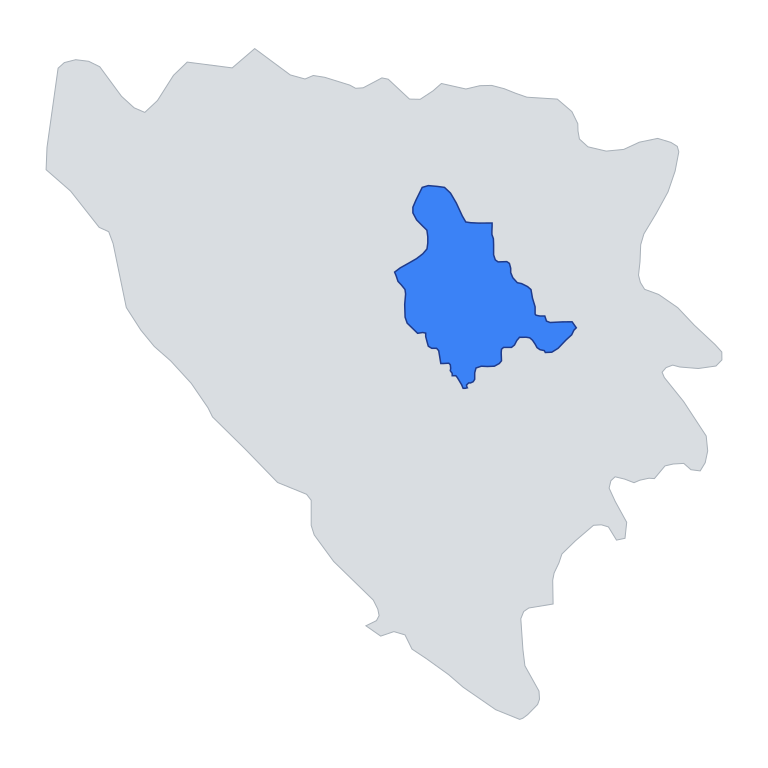 where Zenica-Doboj sits in Bosnia and Herzegovina
{"feature_id": "BIH-2889", "entity_name": "Zenica-Doboj", "entity_type": "Canton", "adm_level": 1, "iso_a3": "BIH", "parent_name": "Bosnia and Herzegovina", "parent_adm1": "", "projection": "albers", "projection_center": [18.196, 44.316], "detail": "fine", "context": "in_parent", "style": "filled", "palette": "blue", "viewbox_px": 768, "rotation_deg": 0, "n_neighbors": 0, "source": "natural_earth", "source_scale": "10m", "svg_char_len": 3418}
<svg xmlns="http://www.w3.org/2000/svg" viewBox="0 0 768 768"><path d="M677.3,146.4L678.8,151.9L675.1,171.1L668.0,191.9L656.2,213.5L643.9,233.9L640.7,244.7L640.0,261.7L638.5,275.2L640.4,282.5L644.6,289.3L658.7,294.5L677.8,307.7L694.2,325.1L715.2,344.7L721.8,352.0L721.9,359.9L716.0,366.0L698.3,368.5L679.8,367.0L672.7,365.1L666.1,367.6L662.1,372.2L664.3,377.5L683.6,401.5L706.2,436.0L707.7,450.9L705.2,462.7L700.2,470.9L690.9,469.7L683.8,463.4L673.2,464.0L665.0,465.9L654.4,478.6L649.0,478.2L639.8,480.2L634.0,482.7L624.7,479.1L615.1,476.8L610.9,480.7L609.1,488.1L615.2,501.4L626.7,522.3L625.0,538.3L616.5,540.1L608.4,526.9L601.4,524.8L593.5,525.3L575.3,540.9L561.9,554.0L558.9,563.0L554.1,573.0L552.7,580.2L553.1,604.0L528.8,608.0L523.7,611.5L520.8,618.7L522.9,649.4L524.9,665.8L539.0,691.1L539.5,699.2L537.6,704.5L527.7,714.6L522.9,718.2L519.7,719.4L503.4,712.8L495.7,709.7L463.1,687.2L448.7,674.7L426.0,658.4L412.0,649.1L405.0,634.9L393.9,631.6L380.7,636.1L365.9,625.8L376.5,620.6L379.1,615.6L377.8,609.1L373.3,600.1L333.6,561.4L314.2,534.9L311.2,525.4L311.2,500.3L306.6,494.3L277.6,482.5L245.5,449.4L212.5,416.9L208.0,407.8L191.3,383.4L170.7,360.9L154.3,346.5L140.9,330.2L126.3,307.5L119.3,273.6L113.1,243.5L108.7,231.7L99.2,227.4L70.6,191.1L46.1,169.7L47.0,147.4L52.2,110.3L58.1,68.2L64.3,62.6L75.7,59.7L88.7,61.3L99.8,66.8L121.5,96.3L134.1,107.8L144.8,112.4L157.5,100.5L173.5,75.3L187.2,62.1L232.2,67.9L254.7,48.6L290.2,74.9L305.0,79.0L313.3,75.5L324.7,77.3L349.8,85.1L355.6,88.3L363.2,87.8L381.9,77.9L388.2,79.2L409.5,99.1L420.2,99.3L433.1,90.8L441.4,83.5L465.9,89.0L479.9,85.7L491.6,85.4L504.2,88.7L515.7,93.3L526.9,97.2L557.3,99.1L571.9,111.6L577.8,123.7L578.0,131.1L579.4,139.0L587.9,146.8L606.2,151.1L617.7,150.0L623.8,149.4L639.3,142.2L657.7,138.4L670.9,142.4L677.3,146.4Z" fill="#d9dde1" stroke="#a8b0b8" stroke-width="1"/><path d="M394.6,272.1L400.3,267.8L409.1,262.9L416.4,258.7L422.8,253.8L427.0,248.9L427.8,242.9L427.8,236.9L426.9,230.2L422.6,226.0L416.6,219.9L412.9,212.9L412.9,207.2L415.9,200.2L422.2,187.4L428.3,185.6L437.3,186.4L444.5,187.4L450.5,193.1L456.3,203.0L462.3,216.0L465.8,222.0L470.6,222.7L478.6,223.1L492.1,223.0L492.1,226.2L491.9,231.0L491.9,234.5L493.4,238.7L493.6,244.7L493.6,249.7L493.6,254.8L495.3,259.9L498.1,261.9L506.8,261.6L509.4,263.4L510.7,268.2L510.7,272.6L512.8,277.7L517.3,282.7L521.6,283.6L527.6,286.6L531.0,289.6L532.5,298.2L535.1,306.8L535.1,314.0L536.0,315.2L539.8,316.0L544.8,316.0L546.5,321.1L550.1,322.5L562.3,321.9L572.1,321.8L576.3,327.8L573.9,330.2L571.7,334.8L565.9,340.1L558.1,348.3L551.8,352.2L545.3,352.5L544.3,350.6L540.0,349.7L537.0,347.6L535.3,344.4L532.5,340.2L529.7,337.8L526.0,337.2L523.0,337.3L519.4,337.3L518.8,338.2L516.8,340.5L514.5,345.0L511.5,347.4L508.1,347.4L503.6,347.4L501.5,349.2L501.2,352.8L501.5,360.8L499.3,363.5L494.4,366.2L487.3,366.5L481.3,366.2L476.0,368.0L474.7,372.8L474.7,379.3L473.2,381.7L470.6,382.9L468.7,382.9L466.5,385.0L467.0,387.4L467.3,387.8L465.2,388.3L463.1,388.3L461.6,384.7L457.3,377.5L455.8,375.7L454.3,375.7L452.2,375.7L452.2,373.4L450.3,370.7L450.7,368.3L450.3,364.7L448.8,363.2L443.6,363.5L440.8,363.5L439.6,356.1L438.7,350.7L436.6,348.3L434.7,348.3L431.7,348.3L428.3,346.2L427.2,342.3L425.7,336.6L425.7,333.1L422.7,332.5L417.6,333.3L413.1,328.9L407.2,323.2L405.1,317.2L404.7,304.4L405.6,294.0L405.0,289.5L401.4,285.0L398.0,281.4L396.1,275.7L394.6,272.1Z" fill="#3b82f6" stroke="#1e3a8a" stroke-width="1.5"/></svg>